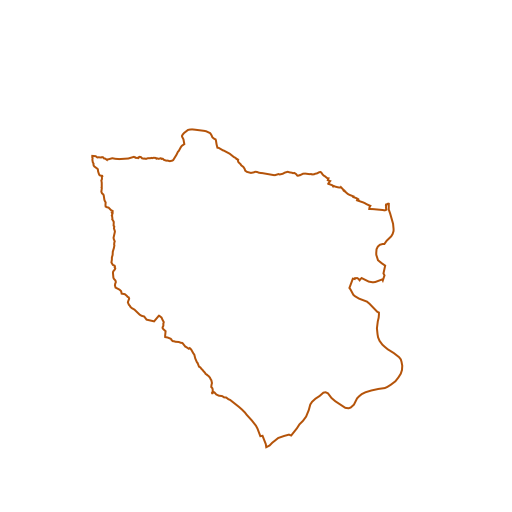 Rapoltu Mare, Hunedoara, Romania (Mercator projection), rotated 314°
{"feature_id": "2599482B38890136651952", "entity_name": "Rapoltu Mare", "entity_type": "district", "adm_level": 2, "iso_a3": "ROU", "parent_name": "Romania", "parent_adm1": "Hunedoara", "projection": "mercator", "projection_center": [23.103, 45.901], "detail": "fine", "context": "isolated", "style": "outline", "palette": "amber", "viewbox_px": 512, "rotation_deg": 314, "n_neighbors": 0, "source": "geoboundaries", "source_scale": "gbopen_adm2", "svg_char_len": 6070}
<svg xmlns="http://www.w3.org/2000/svg" viewBox="0 0 512 512"><g transform="rotate(314 256 256)"><path d="M386.4,314.7L385.5,315.0L384.9,314.4L384.2,314.3L383.6,313.9L383.4,314.0L383.7,314.3L383.2,314.3L383.4,314.1L383.2,313.9L382.7,314.3L382.8,314.5L381.1,315.9L379.8,317.6L378.4,317.0L378.0,316.6L377.1,315.2L371.1,307.7L368.5,304.8L370.1,303.7L371.5,303.4L370.2,299.9L369.8,298.5L369.7,297.9L369.1,296.1L366.5,290.6L367.2,290.7L366.9,289.8L367.8,289.7L367.3,287.9L366.0,285.1L366.6,284.8L364.9,280.7L364.4,278.9L364.2,275.3L364.4,275.2L364.3,274.7L364.5,274.0L363.9,273.7L364.4,272.1L364.5,269.3L364.2,269.4L363.7,269.0L362.5,267.5L360.9,264.7L360.3,263.1L360.0,262.8L359.7,262.9L359.9,262.0L359.8,261.6L358.7,259.0L358.1,258.0L358.1,257.8L358.8,257.6L361.4,257.3L360.4,255.0L362.2,254.2L361.5,253.3L361.2,249.9L360.9,249.0L360.9,247.3L361.3,245.5L361.3,244.1L360.2,243.3L357.8,242.5L356.2,241.4L354.9,240.9L354.2,240.1L353.6,239.7L353.3,238.8L352.0,237.6L349.5,234.2L347.9,232.7L344.6,231.5L344.6,231.3L342.8,230.4L342.5,229.7L342.8,228.2L342.4,225.9L341.3,225.1L340.8,223.9L339.5,222.1L338.6,220.3L336.0,218.8L333.7,218.1L331.7,216.8L331.0,216.3L330.6,215.3L327.5,213.6L326.6,212.7L319.7,202.5L319.3,202.2L317.8,200.0L317.4,198.8L316.4,197.3L315.8,196.8L314.6,196.3L312.2,194.6L310.2,191.0L309.9,189.0L310.8,187.2L311.3,185.0L311.0,182.8L311.0,182.1L311.3,181.4L311.3,178.4L311.4,177.9L312.1,176.6L312.7,176.4L312.6,175.9L312.8,175.4L312.2,174.6L312.4,173.3L311.8,171.3L311.3,166.0L309.4,159.4L309.1,159.1L307.9,154.2L307.1,153.0L308.9,150.1L311.3,146.9L311.8,145.9L311.3,144.6L311.1,142.7L311.1,142.1L311.9,140.3L312.4,138.4L312.5,137.6L311.1,133.5L310.1,131.9L304.5,124.4L302.7,122.1L300.9,120.5L299.4,119.5L294.6,118.8L292.5,118.9L291.0,119.3L290.5,119.9L289.5,122.8L286.7,126.7L283.7,126.1L282.2,126.3L277.8,127.5L276.9,127.4L273.5,128.5L267.5,129.8L266.6,129.6L264.7,128.4L264.1,127.8L263.3,126.2L262.8,125.8L262.2,125.1L261.2,123.0L261.2,121.5L261.1,121.2L260.2,120.6L260.2,119.6L258.3,118.5L257.5,117.0L256.9,116.9L256.8,116.6L257.0,116.3L256.7,115.5L255.5,114.1L254.2,113.3L253.9,112.6L253.0,112.1L251.1,110.2L249.4,109.4L248.9,108.3L248.3,108.0L247.1,106.2L247.2,104.8L247.1,104.3L246.4,103.3L245.9,103.1L244.8,103.4L244.5,103.3L244.3,102.5L243.2,101.6L242.9,100.7L243.0,100.3L242.6,99.9L242.5,99.3L237.4,96.4L230.8,90.4L228.2,87.3L226.5,84.7L222.9,82.6L222.0,81.8L221.6,82.0L221.3,79.9L220.6,78.9L220.7,77.3L220.1,76.5L219.3,76.2L217.6,74.1L216.8,73.6L216.6,73.1L216.5,71.8L216.3,71.2L214.3,68.7L213.2,69.7L213.0,70.4L211.6,71.4L210.1,73.4L209.5,75.1L209.0,75.4L208.3,76.4L208.1,77.5L208.6,81.4L208.5,82.0L207.2,83.6L206.1,85.6L205.6,86.7L205.5,87.5L205.8,88.2L206.4,89.1L206.2,89.7L206.7,89.9L206.6,90.1L205.9,90.1L204.5,91.6L203.6,92.1L203.0,92.2L201.5,94.2L198.5,97.1L198.0,97.3L197.9,97.7L197.4,98.2L194.8,100.1L194.1,101.7L194.2,103.5L193.7,104.5L191.1,107.9L190.6,108.9L190.1,110.6L188.1,112.3L187.1,113.5L187.6,115.1L188.4,116.3L188.3,119.5L188.3,120.0L188.8,121.6L187.5,122.8L187.2,122.5L187.1,123.1L186.3,123.2L185.8,124.0L184.9,124.2L184.7,124.8L183.3,126.6L182.5,127.1L182.2,128.6L181.7,130.0L178.9,132.5L178.8,133.5L178.6,133.7L177.2,134.6L176.0,136.9L175.5,137.6L170.1,140.9L169.3,142.1L168.4,144.2L167.2,144.8L165.8,145.9L165.2,146.8L162.9,148.3L159.6,150.0L157.2,152.1L154.9,153.3L153.2,154.9L150.9,156.5L150.2,159.0L150.2,159.5L150.8,160.9L150.7,161.4L150.4,161.9L149.6,162.3L149.5,163.1L149.3,163.4L148.2,163.8L145.7,164.0L144.5,164.8L141.4,168.4L141.1,169.0L140.9,169.5L140.7,171.9L140.3,172.7L139.7,173.4L138.2,174.0L136.9,174.9L135.7,176.9L136.8,180.5L137.0,181.6L137.0,183.4L135.6,185.5L137.4,188.1L137.6,190.8L137.4,192.0L137.8,193.2L137.2,194.4L134.4,195.6L133.6,196.1L132.6,198.5L132.6,199.7L132.2,200.8L132.2,202.7L133.0,205.8L133.0,213.1L133.5,215.2L134.8,217.6L134.2,221.5L138.2,228.1L145.6,227.6L145.8,227.9L146.1,230.8L145.3,232.7L144.4,235.5L143.9,235.9L142.8,236.4L142.0,237.4L140.8,238.1L139.9,238.3L139.4,238.7L139.1,239.3L139.0,240.4L139.1,243.2L135.3,246.2L134.6,247.0L136.0,249.1L137.2,252.1L137.2,253.0L136.9,253.6L136.9,255.2L138.0,256.7L138.2,257.4L140.5,260.2L141.5,262.5L142.1,263.1L142.3,263.6L141.7,268.2L141.9,268.4L142.6,272.1L143.7,272.3L143.7,274.3L142.4,278.7L142.2,280.1L140.1,283.5L138.6,287.1L138.4,288.0L138.5,288.2L136.8,291.9L137.2,293.3L136.9,295.2L136.9,296.9L136.6,298.7L136.7,299.1L136.5,300.7L136.2,301.5L136.4,302.9L136.6,303.3L136.4,303.8L136.7,305.0L136.6,306.3L136.5,307.3L135.8,309.2L135.6,310.2L134.0,312.6L132.4,313.5L130.7,314.8L130.6,316.3L130.1,317.3L128.9,318.6L127.9,319.2L127.0,319.4L126.8,319.8L127.1,320.1L128.1,320.0L128.8,320.3L129.0,320.8L128.8,323.6L129.7,326.3L131.6,328.8L131.9,329.8L132.1,331.2L133.5,332.9L133.8,335.6L134.5,337.4L135.6,348.4L135.8,352.7L135.7,356.9L135.3,359.5L134.8,367.2L133.9,373.8L132.9,376.9L129.4,384.3L131.2,385.6L127.5,393.7L125.6,396.2L129.1,397.4L132.9,397.4L140.5,398.4L146.2,401.3L150.4,403.8L151.3,406.0L160.6,405.1L165.1,404.2L170.1,404.3L175.3,403.6L181.8,401.0L186.9,398.2L190.1,397.6L194.7,397.9L199.5,399.0L204.5,399.4L206.3,400.7L207.2,403.1L206.3,408.9L206.6,413.9L208.8,425.7L210.8,428.4L212.8,429.4L217.1,429.7L223.8,427.6L226.6,427.6L230.1,428.0L234.0,429.4L239.4,432.4L245.4,436.4L250.5,440.4L253.0,441.4L257.0,442.4L262.7,443.3L267.6,442.8L271.9,441.9L275.4,440.2L278.6,437.5L280.9,434.3L282.2,432.0L282.6,429.2L281.9,422.6L280.4,415.6L280.1,411.7L280.0,408.5L280.8,403.8L282.3,400.3L284.2,397.7L288.0,393.2L293.6,389.0L296.8,387.1L299.3,385.1L300.7,383.7L300.1,382.0L300.5,370.7L300.3,368.3L300.3,367.6L296.9,359.7L295.8,355.0L295.7,353.0L297.6,347.1L297.9,345.4L307.0,341.4L308.0,343.0L308.8,342.6L310.5,344.3L310.7,345.6L310.5,347.4L311.8,347.2L313.5,347.3L315.9,354.9L318.3,358.4L320.2,359.9L326.9,363.1L326.5,364.2L331.3,361.9L332.0,359.8L338.8,355.6L338.1,351.4L337.7,346.7L340.4,341.7L341.8,340.3L344.6,338.0L347.4,337.1L350.1,337.3L352.5,338.7L353.8,340.0L357.7,339.4L364.1,339.6L366.7,339.0L369.5,337.6L370.9,336.3L374.4,332.2L379.8,322.9L381.7,319.1L386.4,314.7Z" fill="none" stroke="#b45309" stroke-width="2"/></g></svg>